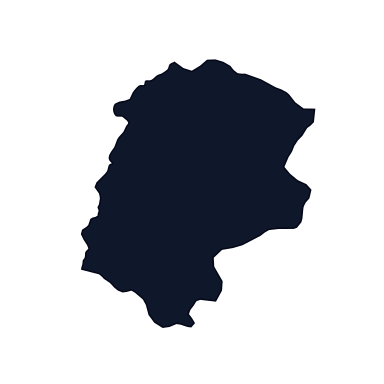 map outline of Van (Mercator projection), rotated 209°
{"feature_id": "TUR-3048", "entity_name": "Van", "entity_type": "Province", "adm_level": 1, "iso_a3": "TUR", "parent_name": "Turkey", "parent_adm1": "", "projection": "mercator", "projection_center": [43.807, 38.569], "detail": "fine", "context": "isolated", "style": "filled", "palette": "ink", "viewbox_px": 384, "rotation_deg": 209, "n_neighbors": 0, "source": "natural_earth", "source_scale": "10m", "svg_char_len": 2266}
<svg xmlns="http://www.w3.org/2000/svg" viewBox="0 0 384 384"><g transform="rotate(209 192 192)"><path d="M250.9,71.1L251.5,72.6L252.2,76.0L253.6,79.1L253.6,80.3L253.3,81.4L253.4,82.8L253.8,84.1L255.3,87.3L255.4,88.7L254.5,91.6L254.7,92.9L257.8,95.4L263.3,98.3L268.1,101.7L269.1,105.6L266.6,110.4L266.0,112.9L267.1,119.1L266.0,121.0L264.0,122.7L262.2,125.6L262.9,126.7L263.3,127.8L263.8,130.3L264.5,131.4L265.7,132.3L266.6,133.2L266.7,134.7L266.6,136.0L267.0,137.2L267.5,138.4L268.7,141.9L270.4,144.3L272.4,146.3L278.9,149.4L279.5,154.0L276.2,165.5L275.7,168.6L275.9,170.6L276.5,172.5L277.1,175.3L276.6,176.5L275.5,177.6L275.2,178.5L276.7,179.3L278.9,180.0L279.9,180.7L280.8,181.7L281.6,184.3L281.6,187.6L281.0,193.8L282.2,201.8L282.0,204.5L280.5,210.8L280.5,212.7L280.8,216.7L280.8,218.1L280.4,220.7L280.7,222.1L281.8,222.9L283.7,223.7L289.8,224.8L293.9,222.5L295.4,222.1L297.3,222.9L299.1,224.4L300.6,226.5L301.5,229.0L301.6,231.5L298.8,235.4L294.4,238.9L290.9,242.9L291.4,250.4L291.0,253.4L290.3,256.5L289.5,258.8L288.5,260.0L286.4,261.0L285.3,261.8L285.2,263.2L286.2,266.2L285.5,267.1L283.1,268.3L281.5,269.6L280.4,271.6L279.3,274.8L278.3,277.2L275.3,280.6L274.1,282.9L273.1,284.9L272.3,286.8L272.1,288.8L272.7,291.0L272.8,292.9L271.8,294.6L270.5,296.2L270.3,296.8L259.5,295.5L250.5,297.3L245.5,306.1L242.4,314.5L235.6,318.6L227.7,320.3L219.8,320.2L214.7,318.1L209.6,317.3L206.0,318.7L202.6,320.6L186.2,323.3L169.6,323.4L163.7,324.3L157.7,324.4L154.5,323.7L145.3,319.8L134.7,318.4L124.9,323.7L120.0,312.1L121.2,307.8L123.0,304.0L123.4,294.9L125.1,288.6L125.6,282.0L124.8,275.6L125.2,269.3L124.0,258.2L115.3,254.8L105.4,252.9L95.8,253.6L89.2,251.3L87.0,243.4L88.2,237.9L88.0,233.8L87.5,231.8L83.2,221.9L82.4,218.5L83.6,211.9L85.6,209.6L98.8,202.2L106.7,196.6L109.3,192.3L111.4,187.4L122.6,170.4L129.5,163.4L138.3,156.4L141.9,144.9L136.9,137.0L122.5,128.3L118.7,120.2L118.6,108.2L132.9,102.3L135.9,99.0L136.2,93.5L137.0,88.0L136.1,83.2L131.3,81.1L126.6,78.4L127.6,73.7L130.6,72.5L138.0,71.1L142.0,69.6L146.7,63.6L152.0,59.6L161.5,60.1L170.0,64.0L177.1,71.4L182.6,74.9L193.2,77.0L197.5,77.1L200.7,73.9L204.2,71.2L208.9,70.6L213.5,71.4L219.5,73.4L226.8,74.0L228.9,74.8L233.5,75.7L250.9,71.1L250.9,71.1Z" fill="#0f172a" stroke="#020617" stroke-width="1.5"/></g></svg>